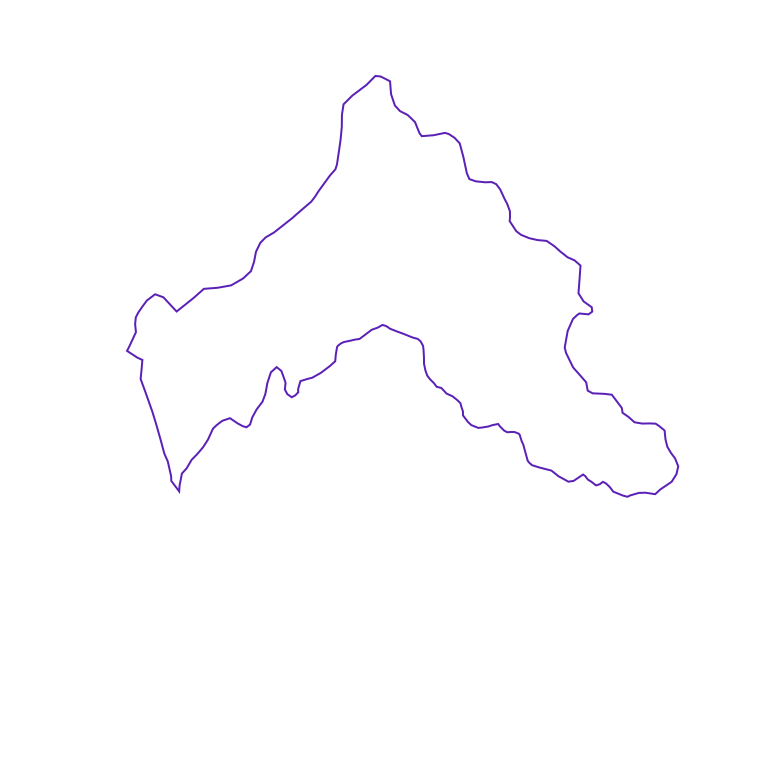 Panjwin, As-Sulaymaniyah, Iraq, rotated 53°
{"feature_id": "34846034B29141080711053", "entity_name": "Panjwin", "entity_type": "district", "adm_level": 2, "iso_a3": "IRQ", "parent_name": "Iraq", "parent_adm1": "As-Sulaymaniyah", "projection": "robinson", "projection_center": [46.048, 35.647], "detail": "fine", "context": "isolated", "style": "outline", "palette": "violet", "viewbox_px": 768, "rotation_deg": 53, "n_neighbors": 0, "source": "geoboundaries", "source_scale": "gbopen_adm2", "svg_char_len": 3189}
<svg xmlns="http://www.w3.org/2000/svg" viewBox="0 0 768 768"><g transform="rotate(53 384 384)"><path d="M346.5,612.2L342.2,608.5L333.9,599.3L332.6,592.5L328.8,583.3L327.5,574.9L325.6,566.5L322.5,558.1L316.7,547.4L316.1,542.1L316.1,535.2L318.6,527.6L327.6,524.5L332.6,522.2L335.8,519.9L335.8,515.4L331.4,509.3L327.6,500.9L325.0,491.7L320.6,484.8L312.9,476.4L306.6,467.3L305.9,459.6L311.7,458.1L316.8,459.6L323.8,461.9L328.8,466.5L333.9,467.3L339.0,465.7L339.7,461.9L339.0,457.4L336.5,455.8L331.4,449.0L332.0,447.4L333.9,442.1L335.8,437.5L337.1,427.6L337.1,416.9L336.5,409.3L331.4,404.7L326.3,399.3L325.7,397.8L325.7,394.0L326.3,390.9L329.5,384.1L330.8,381.0L333.3,376.4L333.3,373.4L333.3,366.5L333.3,361.2L335.2,355.1L335.9,349.7L339.0,347.4L343.5,345.9L348.6,342.8L355.6,338.3L364.5,332.9L368.3,329.9L372.1,329.1L377.2,329.9L381.0,332.2L386.7,336.0L391.8,339.8L398.2,342.8L403.2,344.4L407.7,344.4L413.4,343.6L417.9,343.6L421.7,340.6L429.3,339.8L435.0,336.7L440.8,335.2L445.2,334.5L449.0,336.0L453.5,337.5L456.6,339.8L459.8,339.8L463.0,339.8L464.9,339.8L469.4,339.0L471.9,337.5L475.7,335.2L477.6,332.2L480.8,326.1L482.1,322.2L484.6,316.9L487.8,316.9L493.5,316.1L496.7,314.6L499.2,310.8L501.1,308.5L504.9,306.2L506.2,306.2L512.6,308.5L516.4,309.3L522.1,311.6L531.7,315.4L534.2,315.4L538.0,314.6L544.4,310.0L553.9,302.4L562.8,300.1L573.0,295.5L575.5,290.9L576.1,279.5L578.7,278.7L583.1,278.7L586.9,277.2L592.6,275.7L593.9,271.9L593.9,268.0L597.1,266.5L602.2,265.7L607.9,265.7L616.8,260.4L620.6,257.4L621.2,254.3L624.4,245.9L628.2,240.6L635.2,233.7L634.5,226.8L635.2,213.1L632.0,204.7L626.9,198.6L618.6,196.3L611.6,196.3L604.6,195.5L597.6,192.5L590.0,187.9L583.7,189.4L579.2,190.9L575.4,195.5L571.0,201.6L565.3,207.0L557.6,208.5L550.6,210.8L546.2,208.5L538.6,208.5L529.7,208.5L524.6,213.8L517.0,223.0L511.9,225.3L504.3,221.5L494.7,222.2L484.6,223.0L468.7,219.9L463.6,217.7L452.2,205.4L445.8,194.0L445.2,188.7L445.2,185.6L451.5,178.7L451.5,174.1L447.7,171.9L438.2,174.9L428.6,174.1L423.5,169.6L414.7,161.9L407.7,155.8L400.0,157.4L393.1,161.2L384.2,163.5L376.5,165.0L367.6,168.0L361.3,174.9L354.9,180.3L347.3,184.8L341.6,186.4L329.5,185.6L327.0,183.3L321.9,179.5L314.3,177.2L309.2,176.4L298.4,174.1L292.0,174.1L287.6,176.4L283.8,181.8L277.4,188.7L271.7,192.5L265.3,190.9L250.7,184.1L237.4,178.7L229.8,179.5L223.4,181.8L220.2,184.1L215.1,194.8L208.8,204.7L205.0,204.7L193.5,201.6L183.4,203.2L175.7,207.0L168.1,207.7L156.7,203.9L145.9,197.0L136.4,201.6L132.8,205.5L134.6,218.0L134.6,224.9L134.6,235.7L135.1,239.3L136.3,248.0L143.6,255.5L153.3,263.0L162.9,271.8L169.7,278.6L180.4,289.5L183.3,293.6L185.0,301.8L190.6,320.2L192.9,326.3L194.6,332.4L195.1,340.6L195.9,352.8L196.3,357.6L196.8,380.7L195.7,390.3L196.8,397.8L201.3,406.6L208.1,414.1L213.8,422.3L214.9,433.1L213.2,446.8L207.0,459.0L199.6,470.6L200.7,484.2L201.3,506.0L182.0,508.0L174.6,512.8L174.6,523.0L176.8,530.5L179.1,537.3L181.4,542.1L186.5,546.8L193.3,550.9L195.5,555.0L200.6,564.5L202.9,569.3L214.3,565.2L219.4,562.5L226.2,568.6L233.6,575.4L247.2,579.5L266.5,585.6L277.8,589.7L287.7,593.5L293.7,595.8L307.3,601.3L315.8,603.3L329.5,609.5L333.4,612.2L341.4,612.2L346.5,612.2Z" fill="none" stroke="#5b21b6" stroke-width="2"/></g></svg>